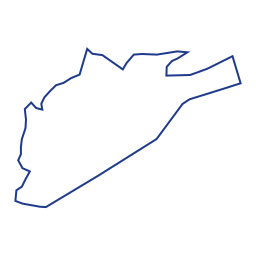 Ilha das Flores, Sergipe, Brazil
{"feature_id": "56859067B72212955782696", "entity_name": "Ilha das Flores", "entity_type": "district", "adm_level": 2, "iso_a3": "BRA", "parent_name": "Brazil", "parent_adm1": "Sergipe", "projection": "orthographic", "projection_center": [-36.559, -10.46], "detail": "fine", "context": "isolated", "style": "outline", "palette": "blue", "viewbox_px": 256, "rotation_deg": 0, "n_neighbors": 0, "source": "geoboundaries", "source_scale": "gbopen_adm2", "svg_char_len": 670}
<svg xmlns="http://www.w3.org/2000/svg" viewBox="0 0 256 256"><path d="M87.2,48.9L79.6,74.6L71.1,78.1L63.5,82.9L56.1,85.2L51.0,90.1L44.4,97.3L41.3,103.8L42.3,109.6L36.1,108.0L31.2,102.6L24.8,109.0L26.0,119.6L25.5,128.1L21.8,139.3L20.9,147.4L20.9,154.2L18.2,160.3L22.5,168.2L29.8,171.4L25.4,179.5L21.9,186.6L16.4,190.3L15.4,200.9L22.5,203.6L39.8,206.7L45.9,207.1L98.5,175.5L156.6,139.0L182.5,104.0L189.5,99.3L215.0,91.4L240.6,83.3L232.5,56.2L207.2,68.8L190.1,75.0L166.4,75.6L166.7,66.9L171.9,61.0L177.3,58.6L187.4,52.3L177.3,51.4L156.9,54.6L142.0,54.0L133.8,54.6L126.5,63.1L122.8,69.4L102.4,55.1L92.4,53.8L87.2,48.9Z" fill="none" stroke="#1e3a8a" stroke-width="2"/></svg>